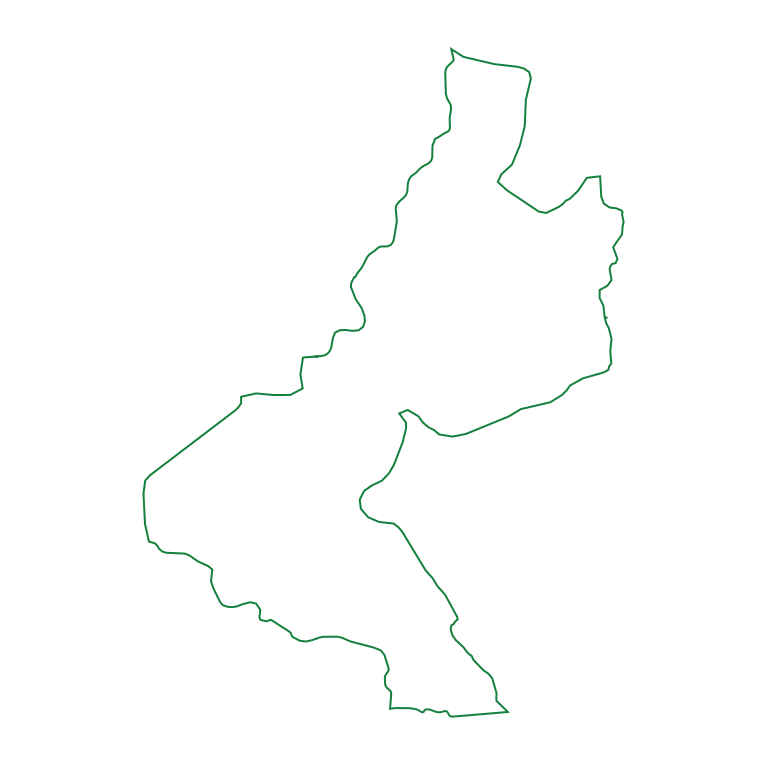 SVG path tracing the border of Kwara, rotated 269°
{"feature_id": "NGA-2849", "entity_name": "Kwara", "entity_type": "State", "adm_level": 1, "iso_a3": "NGA", "parent_name": "Nigeria", "parent_adm1": "", "projection": "natural_earth1", "projection_center": [4.317, 9.059], "detail": "fine", "context": "isolated", "style": "outline", "palette": "green", "viewbox_px": 768, "rotation_deg": 269, "n_neighbors": 0, "source": "natural_earth", "source_scale": "10m", "svg_char_len": 3593}
<svg xmlns="http://www.w3.org/2000/svg" viewBox="0 0 768 768"><g transform="rotate(269 384 384)"><path d="M201.4,209.1L204.8,205.4L209.8,194.9L216.0,186.4L217.9,181.9L219.1,163.0L220.4,159.4L223.3,156.1L226.1,154.6L228.5,152.5L230.2,147.6L230.4,146.4L231.4,146.1L248.1,142.6L278.7,141.6L291.7,143.6L297.1,148.8L361.2,236.1L364.1,238.6L367.2,240.8L373.7,240.9L376.8,255.8L374.9,273.7L374.7,290.2L381.0,302.6L395.0,300.6L411.7,303.4L412.0,304.9L412.5,313.3L412.3,317.6L412.5,317.5L412.8,317.3L413.0,317.1L413.0,321.3L413.7,325.0L415.3,328.1L418.2,330.5L421.3,331.9L430.8,333.7L436.2,336.0L438.5,340.6L438.7,346.5L437.7,353.0L438.1,359.7L441.6,364.1L446.9,366.0L452.7,365.6L460.5,362.9L469.0,357.3L481.4,352.7L484.0,352.7L486.5,353.4L491.2,356.0L491.5,357.2L494.8,359.0L501.2,364.1L511.3,369.5L514.0,371.9L517.3,376.9L520.6,380.8L521.5,383.2L521.6,385.5L521.5,387.8L521.7,390.4L523.1,393.4L525.4,395.2L528.2,396.3L546.4,399.7L559.2,398.8L562.0,399.4L564.3,400.8L566.3,402.6L569.8,406.8L572.1,408.9L574.4,410.1L577.0,410.8L582.9,411.2L585.6,411.7L588.2,412.8L590.7,414.4L591.8,415.5L594.3,419.3L598.4,423.3L600.1,425.5L601.6,427.8L603.4,431.7L604.1,432.8L606.6,435.1L609.6,436.2L620.6,436.6L622.1,436.8L626.3,438.7L627.9,439.0L630.4,443.7L633.2,448.0L635.2,452.1L636.4,453.6L638.7,454.4L648.9,454.3L657.3,455.8L660.2,455.8L662.4,455.3L668.5,452.0L673.2,450.9L694.1,450.7L697.1,451.2L699.9,452.5L705.7,458.8L707.2,459.4L717.7,457.1L709.7,469.1L701.9,499.9L698.9,522.8L697.1,529.3L693.2,534.7L686.8,536.2L665.8,530.8L639.3,529.2L620.4,524.1L601.2,515.8L591.5,504.9L584.0,501.3L575.5,510.4L553.7,541.8L552.2,549.1L557.9,561.7L560.7,565.7L564.1,569.0L566.0,573.1L573.7,581.3L586.6,590.4L587.9,603.7L567.5,604.5L560.6,606.9L556.6,612.6L555.5,619.7L553.1,624.9L551.4,625.5L549.8,624.9L541.8,626.4L537.1,625.3L529.5,624.6L516.8,615.5L504.9,619.6L500.9,617.7L499.9,613.9L497.7,612.4L494.9,611.6L483.9,613.3L478.2,608.9L474.2,601.3L466.2,601.1L458.6,604.7L447.9,605.7L446.6,607.4L446.3,605.9L441.0,607.2L436.0,609.7L425.3,612.3L412.8,610.8L400.5,611.6L397.4,609.3L394.1,608.5L391.8,604.0L386.2,583.0L379.3,570.1L374.3,566.4L369.9,561.7L362.9,550.1L356.5,520.4L349.6,508.6L332.7,465.2L330.2,451.7L332.6,438.2L336.9,433.5L339.9,427.9L344.7,422.3L351.0,418.0L357.6,407.3L354.3,398.7L344.9,405.3L339.7,405.4L325.6,401.7L303.0,392.5L294.6,387.4L287.3,380.1L282.9,370.3L277.4,362.2L268.7,357.7L259.6,358.7L251.0,365.9L246.1,376.7L244.3,391.2L240.6,395.8L236.2,399.5L196.9,422.4L188.6,429.5L180.9,433.9L172.3,441.4L149.8,453.1L147.3,453.6L145.3,451.0L143.0,449.7L141.5,447.2L138.3,446.4L135.3,446.9L130.9,448.4L126.8,451.2L119.0,459.2L115.2,461.8L112.2,464.6L110.7,466.8L106.3,468.8L95.9,478.6L92.3,483.6L87.8,487.1L72.6,491.2L68.9,490.8L65.2,490.9L55.3,500.8L53.9,502.0L50.3,447.9L50.3,447.7L50.3,445.3L51.4,443.6L54.6,441.9L55.7,440.8L55.9,438.8L54.9,435.4L54.7,433.4L55.4,430.0L57.8,423.7L57.9,420.3L57.1,418.7L56.2,418.3L55.4,417.8L55.1,416.0L55.5,415.6L57.7,411.8L58.3,410.5L59.4,404.4L59.8,390.3L59.2,384.4L73.9,385.8L76.5,385.4L78.3,383.8L79.9,381.9L82.0,380.4L84.0,379.9L89.9,379.7L92.0,380.0L94.0,381.1L95.9,382.6L97.8,383.7L100.0,383.6L113.1,379.7L117.8,376.0L120.7,369.0L127.1,346.2L131.0,337.6L132.2,333.0L132.3,318.6L131.6,314.9L129.2,307.9L127.9,301.7L128.7,295.5L132.4,288.7L133.7,287.5L136.8,286.3L138.2,284.9L149.9,267.3L150.1,266.2L149.1,263.3L148.9,261.8L150.3,256.3L153.4,255.3L157.1,256.1L160.5,256.3L166.7,252.3L168.1,246.5L166.6,239.7L164.2,232.9L163.5,228.5L164.0,223.5L165.7,219.0L168.7,216.4L182.5,209.9L189.9,207.6L201.4,209.1Z" fill="none" stroke="#15803d" stroke-width="2"/></g></svg>